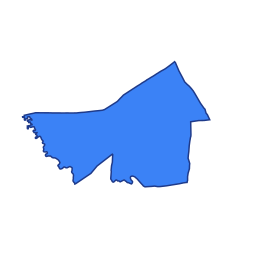 outline of Kong Pisei, Kâmpóng Spœ, Cambodia, rotated 227°
{"feature_id": "14789045B51909303537300", "entity_name": "Kong Pisei", "entity_type": "district", "adm_level": 2, "iso_a3": "KHM", "parent_name": "Cambodia", "parent_adm1": "Kâmpóng Spœ", "projection": "orthographic", "projection_center": [104.699, 11.314], "detail": "fine", "context": "isolated", "style": "filled", "palette": "blue", "viewbox_px": 256, "rotation_deg": 227, "n_neighbors": 0, "source": "geoboundaries", "source_scale": "gbopen_adm2", "svg_char_len": 5026}
<svg xmlns="http://www.w3.org/2000/svg" viewBox="0 0 256 256"><g transform="rotate(227 128 128)"><path d="M144.7,207.3L145.2,201.7L145.8,196.4L146.1,194.7L147.1,190.9L148.1,185.7L148.7,182.1L149.3,179.5L149.8,176.9L150.4,174.3L150.4,173.4L151.4,168.8L151.6,167.0L152.0,165.1L152.4,163.2L155.2,147.1L155.0,144.0L155.0,142.9L154.7,138.7L154.8,137.6L155.8,132.3L157.5,123.4L158.5,121.3L160.0,119.3L161.5,117.3L163.0,115.4L165.4,112.1L167.3,109.5L169.0,107.2L170.2,105.7L171.1,104.6L172.8,102.4L174.2,100.5L178.7,95.6L179.3,95.0L180.2,94.1L182.0,92.1L184.2,89.7L185.2,88.7L188.1,85.6L191.0,82.5L191.4,82.2L201.9,71.1L202.4,70.5L202.9,69.5L204.3,67.2L204.8,66.4L208.0,60.8L207.6,60.6L207.4,60.2L207.4,59.6L207.7,59.0L208.1,58.6L207.7,58.3L207.2,58.5L206.8,59.1L206.6,59.3L206.3,59.4L205.8,59.1L205.5,58.9L205.3,58.5L205.0,58.1L204.5,57.8L204.1,57.9L203.8,58.3L203.9,58.7L204.2,59.0L204.3,59.4L204.2,59.9L203.8,60.4L203.5,60.9L203.8,61.5L204.2,61.7L204.5,62.0L204.3,62.7L203.8,63.3L203.5,63.6L203.1,63.7L202.3,63.3L201.4,63.4L200.9,63.5L200.5,63.6L200.1,63.5L199.7,63.4L199.4,63.0L199.8,62.8L200.2,62.6L200.5,62.4L201.0,62.1L201.3,61.7L201.4,61.4L201.5,60.9L201.9,60.4L202.1,59.7L202.0,59.3L201.5,59.2L201.2,59.8L200.5,59.8L200.1,59.3L199.7,59.1L199.4,59.2L199.2,59.7L199.2,60.2L199.0,60.5L198.1,60.1L197.7,59.9L197.2,60.1L196.9,60.2L196.4,60.2L196.1,60.3L195.8,60.0L196.2,59.4L196.7,58.8L196.7,58.3L196.7,57.8L197.0,57.4L197.3,57.0L197.6,56.8L197.7,56.4L198.1,55.7L197.8,55.5L197.3,55.1L197.1,54.8L196.6,54.3L196.1,54.0L195.8,54.1L195.5,54.5L195.8,54.9L196.2,55.3L196.6,55.9L196.6,56.4L196.3,56.7L195.6,57.0L195.1,57.1L194.8,57.3L194.5,57.8L194.3,58.3L194.0,58.8L193.6,59.5L193.3,59.8L193.0,60.0L192.6,60.1L191.9,59.7L191.3,59.5L189.9,59.2L189.6,58.8L189.6,58.3L190.1,58.0L190.5,57.7L190.7,57.3L190.6,56.7L190.3,56.4L189.4,56.3L189.0,56.3L188.6,56.2L188.3,56.4L188.1,56.7L187.3,57.0L187.1,57.2L187.1,57.7L186.7,58.2L186.5,57.8L186.6,57.4L186.5,56.6L186.2,56.1L185.7,56.2L185.1,56.4L184.8,56.4L184.2,56.1L183.9,55.5L183.9,54.9L184.3,54.2L184.2,53.8L183.8,53.4L183.4,53.4L183.1,53.6L182.8,54.3L182.7,54.8L182.8,55.4L182.8,55.9L182.6,56.3L182.5,56.9L182.2,57.7L181.6,58.1L181.1,58.0L180.2,57.8L179.7,57.5L179.3,57.3L178.8,57.2L177.9,57.0L177.5,57.0L176.9,57.1L176.3,56.9L176.0,56.4L175.8,55.7L175.6,55.4L175.0,55.2L174.5,55.4L174.0,55.7L173.6,55.8L173.0,56.0L172.7,55.8L172.3,55.3L172.0,54.1L171.9,53.3L171.7,53.0L171.4,52.7L170.4,52.3L169.8,51.8L169.6,51.5L169.0,50.5L168.4,50.2L167.9,50.3L166.9,51.1L166.6,51.6L166.0,52.4L165.3,52.3L164.9,52.1L164.6,51.9L164.5,51.5L164.5,51.1L164.7,50.8L164.8,50.4L164.9,50.1L164.8,49.6L164.6,49.3L164.2,48.9L163.3,48.7L162.7,49.1L162.3,49.9L162.0,50.5L161.7,50.9L161.4,51.1L161.0,51.5L160.6,52.0L160.1,52.3L159.7,52.3L159.1,52.4L158.6,52.4L158.2,52.4L157.7,52.7L157.3,52.9L156.9,53.2L156.3,53.9L155.7,54.3L155.1,54.6L154.3,54.8L153.7,54.9L152.9,55.1L152.5,55.2L151.3,55.2L151.0,55.1L150.6,55.0L150.1,54.9L149.8,54.9L149.2,54.6L149.0,54.4L148.4,52.9L148.5,52.4L148.6,52.0L148.4,51.3L148.2,51.0L147.8,50.9L147.3,51.1L146.9,50.9L146.5,50.8L146.0,50.6L145.6,50.5L144.9,50.3L144.4,50.4L144.0,50.7L143.7,51.2L143.3,52.1L143.2,52.7L143.2,53.1L143.2,54.1L143.1,54.6L142.5,55.1L141.8,55.3L141.1,55.6L140.7,56.0L140.4,56.4L140.0,57.8L139.8,58.4L139.6,58.8L139.4,59.3L138.7,59.6L138.0,59.7L137.5,59.9L136.9,59.9L136.6,59.6L136.1,59.2L135.8,58.8L135.2,58.2L134.7,57.4L134.5,57.0L133.8,56.6L133.4,56.6L132.9,56.5L132.3,56.6L131.8,56.5L131.0,56.2L130.5,55.8L130.2,55.5L129.8,55.0L129.1,54.2L128.5,53.7L128.2,53.4L127.6,52.6L127.3,52.2L126.8,51.7L126.5,51.6L126.0,51.5L125.7,51.5L125.2,51.4L124.6,51.4L124.2,51.5L123.3,50.9L123.0,51.6L121.8,59.1L121.6,60.5L120.1,69.9L121.3,79.5L120.8,85.2L119.6,98.3L119.5,98.7L119.0,98.7L116.3,95.9L114.9,94.5L113.6,93.2L111.6,90.2L110.0,88.4L108.5,86.7L107.8,86.3L107.0,85.5L102.8,80.9L102.1,80.5L100.8,80.4L100.0,80.1L99.6,80.0L98.8,80.1L98.4,80.4L98.2,80.9L98.2,82.8L98.1,83.9L97.3,84.3L96.4,84.3L95.8,85.0L95.0,85.4L94.0,85.5L92.8,89.4L92.3,89.9L91.6,90.0L91.2,89.9L90.5,90.1L90.1,90.3L89.5,90.3L89.0,90.2L88.4,90.4L87.8,91.0L87.1,91.3L86.4,91.6L85.4,92.0L84.7,92.5L84.8,92.9L84.9,93.7L85.2,94.2L85.6,94.7L86.7,94.9L87.6,94.8L88.6,95.0L89.8,95.6L90.2,96.0L90.6,96.7L90.5,97.4L89.9,98.4L88.7,99.2L87.4,99.7L85.9,99.8L84.7,100.0L79.5,99.8L77.3,99.8L76.2,99.8L75.1,99.7L73.4,100.3L71.3,102.9L69.3,105.3L67.4,107.8L64.8,109.8L63.3,111.5L59.4,116.8L55.8,122.2L52.1,127.7L50.1,131.1L48.6,133.2L47.9,134.1L48.2,134.4L49.0,135.8L51.8,138.4L54.0,141.2L56.3,145.1L58.7,147.5L59.9,148.9L62.7,150.3L64.9,151.3L66.7,153.3L67.4,154.1L69.3,156.4L73.3,160.7L76.1,164.1L78.3,167.0L78.7,167.6L79.0,168.2L80.0,169.3L89.8,178.1L85.2,184.8L81.7,188.7L78.3,193.4L79.5,193.8L81.7,194.5L83.5,195.1L84.7,195.2L85.8,195.3L89.2,197.1L91.1,197.1L96.8,197.9L100.7,198.8L104.6,199.7L107.7,200.4L110.7,201.0L112.2,201.1L112.9,201.2L116.8,201.3L119.7,201.0L123.1,200.9L127.6,202.2L135.1,204.2L142.5,206.9L143.6,207.3L144.3,207.2L144.7,207.3Z" fill="#3b82f6" stroke="#1e3a8a" stroke-width="1.5"/></g></svg>